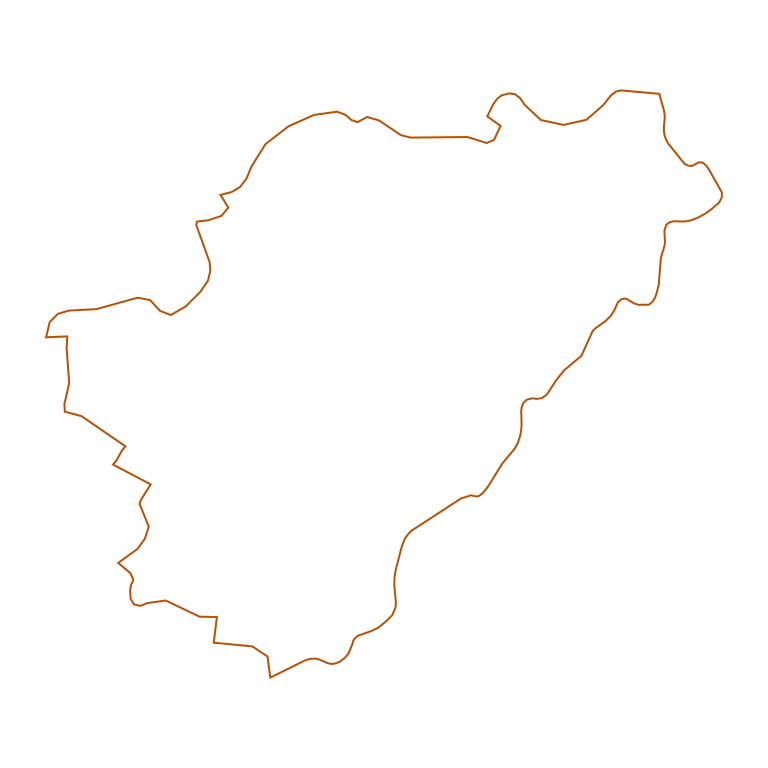 map outline of Charente (Natural Earth projection)
{"feature_id": "FRA-5277", "entity_name": "Charente", "entity_type": "Metropolitan department", "adm_level": 1, "iso_a3": "FRA", "parent_name": "France", "parent_adm1": "", "projection": "natural_earth1", "projection_center": [0.293, 45.665], "detail": "fine", "context": "isolated", "style": "outline", "palette": "amber", "viewbox_px": 768, "rotation_deg": 0, "n_neighbors": 0, "source": "natural_earth", "source_scale": "10m", "svg_char_len": 2351}
<svg xmlns="http://www.w3.org/2000/svg" viewBox="0 0 768 768"><path d="M170.9,315.0L186.0,306.2L200.2,292.0L208.1,280.4L210.3,270.8L209.6,262.2L196.3,225.0L196.9,221.6L208.3,220.3L221.6,215.8L228.3,207.6L220.5,194.9L231.7,192.0L240.1,186.9L246.4,178.8L251.3,166.8L265.4,144.2L288.3,126.4L314.1,114.9L337.2,111.7L345.5,114.9L351.4,120.0L357.6,122.2L367.1,117.0L379.0,120.4L400.8,135.1L410.7,137.6L467.4,137.0L486.6,143.0L494.0,139.9L500.6,125.9L487.3,116.4L493.1,104.4L497.0,99.0L501.4,95.5L508.9,93.4L514.9,94.2L520.0,98.0L524.4,104.5L540.8,120.0L563.6,124.9L586.4,119.8L603.1,105.2L611.1,95.2L616.1,91.5L621.0,90.4L659.3,93.8L663.9,110.2L664.7,115.0L664.7,119.1L663.9,126.8L663.9,130.6L664.4,134.5L665.7,138.7L667.8,143.0L684.4,163.7L688.3,165.7L692.1,165.9L699.0,162.3L702.8,162.6L706.1,165.6L708.9,169.4L721.9,192.5L721.8,197.4L719.1,202.6L711.2,209.4L705.1,213.7L698.8,217.2L693.4,219.5L688.2,221.0L683.5,221.5L674.1,221.2L669.8,222.2L666.3,224.6L664.4,231.0L664.9,240.6L664.8,244.3L663.6,249.0L661.7,254.8L660.8,259.1L658.7,284.9L656.3,294.3L654.6,298.6L652.1,302.0L649.0,304.7L638.6,304.8L634.1,303.4L626.0,298.6L621.9,299.0L618.1,301.9L614.4,310.0L610.9,315.7L605.2,321.3L596.1,327.7L592.7,330.9L581.4,355.8L564.3,370.1L556.3,380.1L546.8,394.6L541.9,398.1L536.9,398.9L532.2,398.3L526.5,399.8L523.5,402.9L521.8,406.8L521.2,410.9L521.6,424.7L521.2,429.8L520.3,435.4L517.4,444.1L514.3,449.2L502.5,463.2L488.0,486.6L482.8,493.1L478.4,496.3L475.4,496.3L471.1,495.3L461.0,498.5L411.5,530.7L407.9,534.5L405.1,538.3L402.0,545.8L395.8,569.4L394.5,577.3L394.3,585.7L395.9,602.4L395.5,607.4L392.4,614.9L387.0,620.5L378.1,627.8L371.1,631.1L358.0,635.7L355.0,638.3L353.4,640.4L352.7,643.1L348.6,653.4L344.7,658.0L340.0,661.6L335.6,663.4L331.3,664.0L327.3,663.0L319.3,659.5L315.2,658.6L310.8,658.8L305.9,660.0L270.3,677.6L267.5,656.5L252.3,646.4L213.7,642.7L216.9,617.0L199.7,616.7L165.6,600.5L148.0,603.0L140.1,605.9L134.1,604.4L130.6,598.9L130.1,589.6L131.4,583.9L132.9,581.3L133.0,578.7L130.2,573.0L118.2,562.9L137.4,549.0L144.8,538.8L148.8,526.7L139.6,504.0L140.9,499.9L150.7,484.4L113.0,464.6L116.4,460.5L122.0,450.4L125.4,446.3L81.4,416.1L64.8,411.7L64.4,404.1L69.2,383.0L66.6,348.2L67.3,336.4L46.1,337.3L49.7,322.1L57.8,313.9L68.7,310.6L96.4,309.1L137.7,297.7L150.1,300.1L160.2,311.0L170.9,315.0Z" fill="none" stroke="#b45309" stroke-width="2"/></svg>